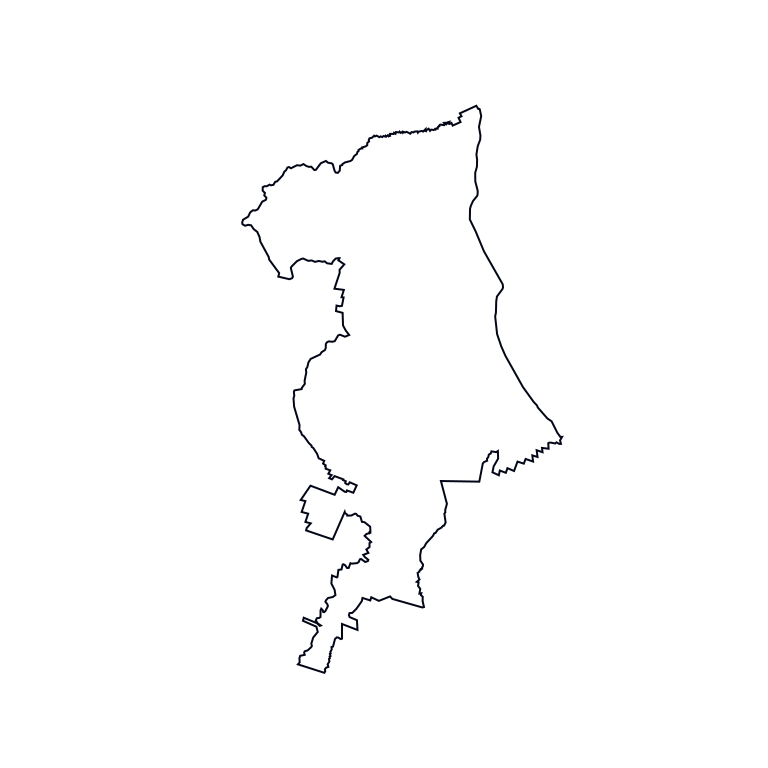 Tatahuicapan de Juárez, Veracruz, Mexico (Mercator projection), rotated 19°
{"feature_id": "50627088B86735774155910", "entity_name": "Tatahuicapan de Juárez", "entity_type": "district", "adm_level": 2, "iso_a3": "MEX", "parent_name": "Mexico", "parent_adm1": "Veracruz", "projection": "mercator", "projection_center": [-94.788, 18.349], "detail": "fine", "context": "isolated", "style": "outline", "palette": "ink", "viewbox_px": 768, "rotation_deg": 19, "n_neighbors": 0, "source": "geoboundaries", "source_scale": "gbopen_adm2", "svg_char_len": 6160}
<svg xmlns="http://www.w3.org/2000/svg" viewBox="0 0 768 768"><g transform="rotate(19 384 384)"><path d="M234.9,303.7L248.8,313.3L249.1,316.9L260.5,315.7L262.7,313.8L262.9,312.1L258.1,304.6L258.4,302.9L261.7,296.2L265.3,292.5L266.7,291.7L272.3,292.2L275.5,290.7L279.0,291.0L282.3,288.9L286.2,288.4L288.0,287.3L290.8,288.4L295.4,287.5L295.9,284.5L297.5,281.1L300.5,279.6L301.0,279.5L300.6,281.9L307.5,283.8L304.8,290.5L305.9,293.3L306.1,310.0L315.4,308.1L315.6,315.8L317.6,315.3L318.8,323.8L316.8,324.9L313.6,325.3L314.9,330.7L321.7,330.2L326.2,342.0L330.3,345.8L335.1,349.0L331.7,352.0L326.5,351.7L324.8,353.0L323.5,359.5L321.6,360.8L317.9,361.7L316.4,363.2L316.0,365.2L317.2,368.9L317.1,371.1L314.6,374.3L314.0,376.9L306.5,384.1L305.5,388.2L306.0,392.7L305.4,395.5L306.8,398.6L307.9,406.9L309.1,409.6L307.6,414.3L307.8,415.6L301.4,419.2L301.3,420.6L303.0,424.4L303.1,427.0L306.4,434.7L317.5,450.3L318.9,455.0L321.2,456.5L322.9,458.7L325.4,459.5L332.3,464.4L335.5,465.8L336.1,467.0L338.0,467.5L343.6,471.9L346.4,475.5L352.5,476.1L352.3,479.1L355.3,479.9L355.2,481.1L356.0,481.5L356.4,483.1L361.3,483.1L360.6,487.0L364.1,487.2L362.8,490.9L365.9,491.1L367.2,487.2L376.6,487.4L376.6,488.2L379.5,488.4L379.5,490.2L381.4,490.9L383.0,490.6L383.6,488.1L391.2,488.7L390.4,496.8L383.6,496.7L383.5,498.3L382.1,498.7L374.3,496.5L373.4,504.8L347.6,504.1L343.0,520.8L347.8,520.3L347.8,531.8L354.5,531.3L354.6,540.0L360.1,539.6L357.8,545.4L358.0,547.8L386.1,547.7L388.5,517.7L389.2,518.7L391.7,519.5L392.1,520.4L395.9,519.0L398.8,516.0L400.0,515.9L401.9,517.1L404.8,517.0L408.0,521.5L410.5,521.0L417.3,523.4L417.7,524.2L419.6,529.0L419.1,529.7L418.4,529.1L418.2,530.1L416.2,531.6L415.1,533.9L423.3,537.6L422.1,539.2L423.4,542.9L421.2,546.2L424.2,548.8L420.0,552.3L422.3,553.9L426.4,555.3L426.4,556.7L424.2,558.4L419.2,556.9L418.3,557.6L418.0,560.6L416.9,562.1L412.2,564.3L410.6,564.4L410.5,569.4L409.0,570.0L406.4,568.1L404.4,567.6L403.7,568.2L404.2,573.2L401.4,574.6L402.8,581.5L402.4,582.2L397.2,582.0L399.2,589.8L404.3,594.7L406.8,599.4L404.9,602.1L400.7,604.6L399.5,607.6L399.5,609.0L402.1,610.6L403.3,612.3L402.5,617.8L401.7,619.2L400.8,619.4L399.8,617.9L397.8,616.9L397.7,618.7L399.8,624.9L399.0,626.2L396.8,627.3L396.4,629.7L399.5,632.0L402.9,632.9L402.0,633.6L398.5,632.0L384.2,631.1L384.5,634.3L399.1,635.5L402.1,640.0L399.6,646.7L399.8,653.1L401.1,655.2L400.8,656.6L398.5,660.8L396.1,662.5L395.9,663.9L397.2,665.9L393.2,668.3L393.3,670.8L394.9,674.7L393.9,677.1L421.6,676.5L422.0,674.9L421.0,673.0L421.7,671.0L423.5,669.6L422.0,667.4L422.7,664.1L421.5,661.9L422.1,660.7L421.3,659.4L422.0,658.6L420.7,656.9L421.3,656.1L420.5,654.8L421.0,652.0L420.0,649.8L421.2,649.0L421.2,647.7L420.7,641.0L421.8,639.0L423.3,638.6L426.1,639.3L427.2,638.4L422.4,624.6L439.0,625.2L435.3,616.1L427.4,615.6L426.0,613.8L426.0,611.8L428.5,610.8L431.1,605.5L433.7,596.6L433.3,593.3L441.5,593.1L441.4,589.8L449.8,590.7L458.9,582.9L461.9,584.5L493.0,582.8L494.4,581.9L491.2,576.7L489.9,572.6L487.5,571.5L487.4,569.7L485.7,570.6L485.0,565.9L481.9,563.8L481.3,560.3L479.4,560.4L481.2,557.3L479.2,555.2L477.3,551.7L478.6,549.8L478.4,548.6L479.4,547.6L479.1,546.9L480.2,546.2L479.7,545.0L480.1,544.0L479.7,542.0L475.9,539.2L473.9,534.0L473.0,528.3L475.1,524.9L475.7,520.9L479.7,511.8L480.2,508.7L481.2,508.1L482.2,504.3L485.0,501.2L486.0,498.8L486.9,498.4L487.4,494.9L483.3,487.0L483.8,485.5L482.9,483.2L482.5,476.8L469.4,457.2L505.9,445.3L503.3,427.0L504.0,425.2L506.5,423.0L505.7,421.1L506.4,419.3L506.1,416.6L507.6,414.9L507.5,412.7L512.3,411.9L513.5,410.3L516.2,417.4L514.5,426.2L515.3,432.2L522.3,432.9L521.7,428.1L528.1,428.3L528.1,423.4L535.3,423.9L535.5,413.9L542.1,413.8L542.3,408.8L550.2,408.8L547.5,403.2L552.9,403.0L549.9,396.9L556.1,396.9L554.2,393.0L560.7,391.6L558.6,386.6L559.1,385.8L561.3,385.0L565.0,384.6L564.8,385.1L566.1,383.0L569.1,383.6L570.8,383.0L568.8,380.0L569.6,376.0L568.0,376.6L563.9,373.8L554.6,364.7L549.7,363.4L537.0,356.1L535.7,354.5L531.3,352.2L516.3,341.6L489.5,317.7L482.5,310.1L474.7,300.0L467.1,283.9L466.6,280.1L463.2,269.3L462.3,264.5L465.1,255.7L465.1,253.9L463.8,251.1L435.3,226.0L421.1,210.0L411.6,200.5L408.3,190.3L408.1,187.3L408.6,182.0L410.9,175.6L410.6,173.6L409.5,170.5L404.4,162.8L401.5,154.7L401.1,148.2L399.0,141.6L396.7,137.0L395.8,132.1L395.2,128.4L395.4,121.8L394.3,117.7L390.1,110.0L388.7,99.1L385.3,93.4L384.7,92.8L383.7,93.3L380.7,90.9L367.6,103.4L370.1,105.6L367.8,108.0L371.1,111.4L364.8,117.3L362.8,115.2L361.4,116.8L360.4,116.8L360.5,114.8L358.9,115.9L358.4,117.8L357.3,116.9L355.7,117.6L357.2,118.7L356.6,119.7L352.7,120.4L352.0,121.8L352.4,122.3L351.4,123.2L351.6,125.1L350.5,125.2L350.0,126.5L349.3,126.1L348.3,127.7L345.8,128.1L345.1,129.7L343.1,128.1L341.6,130.0L341.5,131.3L340.7,131.3L340.3,129.6L338.8,132.6L337.5,132.3L334.5,134.2L334.2,135.3L333.3,134.3L330.5,135.5L330.0,136.5L328.0,136.9L327.4,138.8L323.3,138.2L322.0,139.3L320.5,139.2L320.1,140.3L319.3,139.5L318.1,141.1L316.5,140.3L316.2,141.3L313.2,141.9L313.4,143.6L311.7,143.2L311.7,144.5L308.8,145.3L308.3,145.8L309.0,147.4L308.5,147.7L307.9,146.9L307.7,148.2L306.5,147.7L305.6,149.3L304.6,148.8L304.4,149.7L302.8,149.7L301.9,151.1L300.2,151.0L299.3,152.1L296.1,151.6L294.9,152.8L293.8,152.4L292.5,155.1L290.3,156.4L290.1,158.1L290.9,159.5L289.7,161.5L290.4,163.7L289.3,165.3L286.3,167.4L286.8,168.3L285.3,169.0L283.7,171.1L284.1,172.0L283.3,173.4L283.5,175.2L281.6,178.2L280.9,182.4L279.7,184.1L275.1,187.1L273.1,189.6L273.2,190.6L271.5,191.9L272.7,196.7L271.6,199.4L269.5,199.8L267.8,198.4L264.0,192.9L262.7,192.4L259.0,193.0L256.5,192.0L252.4,195.8L249.9,203.6L248.5,204.4L244.5,202.2L242.5,203.1L239.8,203.2L236.2,202.3L233.9,204.7L230.5,205.5L225.8,210.3L223.5,209.8L222.2,210.8L221.8,213.7L220.6,215.9L220.3,219.7L216.9,227.3L215.3,228.2L214.6,231.7L212.3,233.0L210.8,232.8L208.9,235.1L206.5,236.0L205.3,237.4L206.3,240.7L209.2,242.1L209.4,244.7L212.1,246.1L212.4,247.2L212.2,248.5L209.5,251.2L207.8,259.9L205.8,261.9L203.5,262.4L201.6,265.3L201.1,270.0L197.2,274.6L197.4,277.8L198.2,279.0L201.1,279.6L203.8,277.7L206.7,277.2L210.4,280.0L214.7,281.5L218.5,285.6L220.8,289.7L233.7,301.5L234.9,303.7Z" fill="none" stroke="#020617" stroke-width="2"/></g></svg>